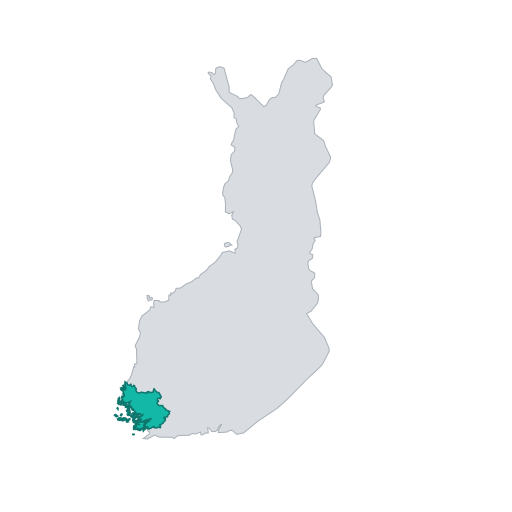 Finland Proper highlighted on a map of Finland, rotated 16°
{"feature_id": "FIN-3191", "entity_name": "Finland Proper", "entity_type": "Region", "adm_level": 1, "iso_a3": "FIN", "parent_name": "Finland", "parent_adm1": "", "projection": "orthographic", "projection_center": [22.144, 60.47], "detail": "fine", "context": "in_parent", "style": "filled", "palette": "teal", "viewbox_px": 512, "rotation_deg": 16, "n_neighbors": 0, "source": "natural_earth", "source_scale": "10m", "svg_char_len": 9832}
<svg xmlns="http://www.w3.org/2000/svg" viewBox="0 0 512 512"><g transform="rotate(16 256 256)"><path d="M214.4,222.0L212.4,214.7L209.9,208.4L207.4,206.8L206.5,204.3L205.9,199.2L206.2,195.2L208.8,191.3L209.1,186.1L210.5,181.9L209.6,179.2L205.3,171.7L204.7,169.3L204.3,165.1L206.5,161.3L205.8,157.5L201.5,156.1L201.6,153.8L202.7,150.0L202.0,146.7L201.8,139.6L203.8,136.4L201.3,133.9L198.9,129.4L196.8,129.2L195.5,124.4L191.8,120.1L179.1,114.0L171.3,107.2L167.3,101.7L163.5,98.5L163.2,95.6L159.4,93.2L160.2,92.0L163.2,92.0L165.7,93.2L166.7,91.6L165.7,87.4L165.9,86.3L168.8,84.0L173.4,84.1L183.5,100.7L185.1,106.1L194.8,107.8L195.9,109.1L198.5,108.8L204.1,106.1L206.1,102.4L208.2,102.6L222.3,110.3L224.4,108.3L225.4,103.3L226.4,101.0L227.8,99.3L230.9,98.2L233.2,93.9L232.8,82.3L233.8,78.9L235.3,67.4L239.1,62.1L241.7,56.6L244.6,55.7L250.0,56.3L255.9,50.5L259.9,49.4L268.0,58.1L278.8,63.1L282.4,70.6L281.4,73.9L276.9,83.1L276.9,85.4L279.3,89.0L271.9,94.5L272.6,95.7L276.8,95.9L277.5,97.5L274.3,108.9L274.4,110.9L278.8,122.4L289.2,126.4L292.5,131.4L300.8,140.9L300.7,145.8L292.1,164.9L290.2,170.1L290.3,173.3L298.2,186.9L302.7,196.7L307.4,203.6L311.9,215.4L312.6,219.5L306.6,222.6L308.6,224.6L307.5,228.5L308.0,234.0L306.6,237.7L307.1,238.7L310.2,239.1L310.8,241.4L310.7,242.9L307.8,246.0L307.9,248.9L310.1,253.6L311.7,255.1L316.8,256.1L317.6,257.3L318.2,260.8L316.3,264.5L316.5,265.8L319.4,271.9L326.6,276.2L327.8,279.9L328.1,282.5L328.0,284.8L324.0,294.1L320.5,297.3L329.2,305.5L344.4,315.5L351.8,324.8L352.6,327.5L350.0,340.7L348.6,344.4L339.1,360.1L325.5,385.3L318.3,396.6L303.6,413.9L292.9,429.4L286.6,432.8L281.2,430.1L278.7,431.0L276.5,433.3L268.4,436.2L267.9,433.9L269.2,427.5L268.5,427.7L267.2,430.7L266.7,434.2L265.2,436.0L261.9,436.9L258.4,434.4L256.8,434.5L258.7,438.5L258.7,439.7L256.9,439.6L253.3,443.0L252.5,443.1L251.1,440.5L247.3,443.6L243.6,444.3L241.4,446.6L230.5,450.2L227.5,454.1L225.4,453.3L213.0,456.8L207.8,456.1L202.2,461.8L197.8,462.6L202.3,456.7L202.4,454.7L200.1,453.7L198.3,451.7L196.6,447.2L195.7,447.0L194.3,452.6L191.3,454.6L187.7,454.6L187.2,452.1L187.8,449.8L187.2,449.4L187.8,447.6L189.7,447.5L190.2,446.5L190.1,445.4L188.6,444.4L190.0,440.4L183.5,439.6L175.5,435.4L174.6,431.8L170.7,434.4L167.3,431.7L166.8,430.1L166.0,416.8L166.3,413.1L168.4,408.6L169.1,404.2L169.0,396.0L170.1,396.0L168.9,393.3L170.7,392.6L171.0,391.7L166.9,378.7L164.5,375.6L166.4,366.2L166.3,364.1L165.9,361.4L163.0,358.5L162.0,350.1L162.8,345.4L168.7,337.1L169.0,333.7L172.3,333.5L170.8,330.5L170.4,326.8L175.0,325.5L176.7,326.7L180.8,325.3L184.4,322.6L183.0,317.5L184.9,317.3L184.3,316.1L184.4,314.8L185.8,315.4L188.1,311.8L188.2,309.1L192.2,307.6L196.7,302.0L200.8,298.9L205.0,293.3L206.9,293.0L207.7,289.2L212.3,283.5L213.9,279.0L218.2,273.7L222.2,264.5L222.6,262.0L229.0,258.4L235.0,259.1L234.7,256.9L233.8,255.5L236.1,253.1L235.4,249.5L233.8,247.8L234.7,234.3L232.8,231.7L225.9,227.4L223.2,227.1L221.5,223.7L222.1,219.6L218.5,222.9L214.4,222.0ZM180.9,441.4L185.4,441.4L186.7,443.5L184.6,444.9L184.5,446.6L185.6,449.1L183.5,449.1L182.1,446.2L179.9,444.2L180.9,441.4ZM227.2,254.2L224.7,255.7L222.7,254.9L222.5,252.3L226.0,250.4L229.7,252.2L227.9,252.8L227.2,254.2ZM164.8,323.8L164.7,326.0L167.2,324.5L168.2,325.2L168.0,327.1L167.2,326.7L165.1,328.9L163.2,327.0L162.1,323.8L164.8,323.8ZM167.5,434.4L167.2,436.3L164.5,436.4L163.4,434.5L162.9,431.3L164.0,430.0L164.6,431.7L167.5,434.4ZM178.3,442.2L176.8,442.4L174.8,440.4L174.5,439.6L175.3,439.2L175.0,436.8L176.5,438.1L177.4,439.6L176.6,439.9L178.3,442.2ZM175.0,450.1L173.0,451.5L172.3,451.1L172.5,448.8L173.7,447.7L175.7,447.6L175.0,450.1ZM170.9,451.4L169.1,451.8L168.1,450.6L169.7,448.8L171.0,448.9L171.3,450.1L170.9,451.4Z" fill="#d9dde1" stroke="#a8b0b8" stroke-width="1"/><path d="M198.8,451.3L199.3,450.7L198.9,450.2L198.5,451.3L197.8,451.9L197.6,450.8L196.6,450.4L195.9,449.7L196.1,448.9L195.7,448.3L196.8,446.4L198.5,444.5L199.2,442.5L199.9,441.7L199.9,441.3L199.5,441.3L199.0,441.8L198.3,443.3L197.1,442.9L195.9,443.6L193.1,446.1L188.9,447.5L190.2,446.4L189.8,446.3L189.8,446.0L190.2,445.2L191.3,444.5L189.8,444.8L188.4,445.8L187.3,445.9L187.5,445.1L189.1,442.9L189.2,442.3L190.9,440.6L190.8,439.7L189.9,440.6L189.2,440.8L187.6,440.6L188.0,439.6L184.2,440.4L182.0,438.4L180.7,438.2L180.4,437.2L179.7,438.2L179.3,438.1L178.8,437.4L178.8,436.8L178.0,436.6L178.1,436.0L177.1,436.0L177.4,434.9L176.5,434.5L175.5,434.6L175.3,435.0L175.9,436.5L174.6,436.2L174.1,436.5L174.5,434.6L174.6,432.6L175.4,432.1L175.0,431.4L175.3,430.5L173.1,432.3L171.7,432.9L171.9,433.8L171.3,435.8L169.6,435.9L170.2,435.4L169.9,434.5L168.9,432.9L170.1,433.2L170.1,432.9L168.2,432.6L167.4,432.9L166.7,432.3L166.7,432.0L167.1,431.8L166.9,431.2L167.8,431.5L167.9,431.2L166.6,430.2L165.7,428.5L165.7,427.9L167.4,428.3L167.5,427.8L167.1,426.5L168.0,426.5L168.0,426.3L166.4,425.4L167.1,425.1L166.1,424.3L166.3,423.8L166.1,423.2L165.6,423.0L165.3,422.4L165.4,421.7L165.1,420.9L166.8,420.9L167.2,420.5L166.3,420.2L165.8,419.4L166.5,418.8L167.3,419.4L167.0,418.1L166.6,417.9L165.5,415.3L165.2,414.9L165.6,414.4L165.0,413.9L164.8,413.0L166.5,413.8L167.1,413.6L167.7,414.9L168.6,415.3L170.7,414.8L170.7,414.1L171.1,413.7L171.3,413.9L171.6,415.1L172.7,415.6L173.7,415.3L174.1,414.1L174.8,414.1L175.0,414.2L174.7,414.8L177.5,416.6L177.4,417.5L178.5,419.6L181.4,420.1L183.2,418.6L189.4,417.8L189.6,417.6L188.9,416.7L189.6,416.1L192.5,416.2L194.1,415.6L194.6,415.0L194.4,413.8L194.8,413.1L194.5,411.8L194.8,411.8L196.4,413.2L198.1,414.2L200.3,414.1L203.8,417.5L203.6,418.5L203.0,418.8L203.2,419.6L201.1,419.8L200.7,420.6L200.8,421.6L201.3,422.0L202.2,422.2L202.3,422.6L201.3,424.2L201.5,424.9L202.6,425.8L204.1,426.5L207.5,425.5L208.5,426.8L209.3,427.4L211.0,427.7L212.0,428.8L215.8,429.2L215.5,429.8L215.5,430.4L216.2,431.3L215.8,432.3L215.2,432.9L215.1,433.5L215.3,434.7L215.1,435.1L213.0,435.8L212.5,436.2L212.1,437.2L213.7,437.3L214.0,437.9L214.0,438.5L213.9,439.6L213.1,440.5L212.7,442.5L211.1,444.0L210.8,444.9L210.2,445.0L211.3,446.4L211.4,446.9L211.2,447.5L209.6,447.3L208.1,448.5L206.3,449.1L205.1,448.9L204.7,448.6L204.9,448.1L204.6,448.1L202.3,450.6L200.7,451.8L199.8,452.0L198.8,451.3ZM194.7,446.6L196.1,444.2L196.7,443.7L197.4,443.9L197.3,444.8L196.0,446.2L195.7,447.3L195.0,447.9L195.2,448.8L194.8,449.2L195.2,449.4L195.0,450.0L195.3,451.2L194.7,452.4L193.0,453.8L193.0,454.1L193.6,454.4L193.0,455.5L192.1,455.8L191.5,454.4L190.6,455.7L190.4,456.4L190.4,455.4L190.0,455.5L189.9,455.0L190.3,453.9L189.0,455.4L187.8,455.8L187.9,452.1L186.8,451.1L188.0,450.4L190.4,450.3L190.4,450.0L186.7,449.7L187.3,446.8L187.9,446.7L187.4,448.2L187.7,448.4L189.7,448.0L190.8,447.2L194.7,446.6ZM178.3,442.3L176.4,442.6L176.4,442.0L174.3,440.7L174.1,440.2L174.3,439.8L175.3,439.3L174.4,437.9L174.6,437.0L175.1,436.8L176.3,437.7L176.5,438.4L177.0,438.7L177.4,439.8L176.3,439.8L177.4,440.6L177.2,440.9L178.2,441.0L178.3,441.5L177.7,441.8L178.3,442.0L178.3,442.3ZM180.5,443.2L183.4,443.2L185.2,444.2L185.0,444.9L184.2,444.8L183.6,445.3L182.7,445.6L182.4,445.5L182.7,445.1L182.4,444.6L182.0,444.4L181.2,444.6L182.0,444.6L181.6,445.3L180.0,444.9L180.1,443.6L180.5,443.2ZM173.2,448.1L175.4,447.8L176.1,448.4L176.1,448.7L175.3,448.9L175.7,449.5L174.2,449.5L174.9,449.7L174.3,450.1L174.5,450.3L174.0,450.8L172.8,451.2L172.3,450.8L172.5,450.5L172.4,450.0L172.8,449.7L172.5,449.3L172.5,448.8L173.2,448.1ZM168.3,450.3L169.0,449.3L169.8,448.9L170.7,448.9L171.4,449.5L170.6,450.5L171.1,450.7L170.6,451.6L169.8,451.4L168.6,451.8L168.0,451.1L169.5,450.8L169.0,450.2L168.3,450.3ZM166.4,433.2L166.7,433.8L167.8,434.0L168.2,434.5L167.8,434.5L167.6,435.3L167.8,435.9L167.2,436.0L167.1,436.3L167.3,436.7L166.4,436.0L165.9,435.2L165.7,434.2L165.3,434.8L165.1,434.5L165.2,433.2L166.4,433.2ZM186.6,453.6L186.4,452.7L186.6,452.3L187.4,453.1L187.3,455.9L186.6,455.4L186.1,456.1L185.5,454.5L185.4,453.2L185.5,452.7L185.8,452.5L186.0,452.8L186.1,453.7L186.6,453.6ZM165.1,420.3L162.8,419.8L163.3,419.4L164.3,419.9L164.7,419.6L164.6,419.0L165.0,418.5L164.4,417.7L163.7,417.4L164.2,416.7L164.9,416.6L166.2,418.2L165.3,419.1L165.1,420.3ZM186.1,442.8L185.4,443.1L184.6,442.8L185.4,441.8L186.3,441.5L186.4,442.0L187.7,442.4L187.9,442.8L186.9,443.7L185.7,444.0L186.1,442.8ZM179.6,447.3L179.8,447.8L178.6,448.9L179.1,449.5L178.6,450.2L177.9,450.3L177.4,449.8L177.1,448.7L179.6,447.3ZM165.4,447.2L165.8,447.8L167.3,448.0L167.3,448.3L166.6,448.3L166.0,449.1L163.8,448.0L164.5,447.2L165.4,447.2ZM182.6,447.5L183.3,446.0L183.8,445.6L184.2,445.9L184.3,446.9L183.8,447.9L183.0,448.3L182.6,447.5ZM197.2,450.7L197.7,451.8L197.4,452.3L195.3,452.4L196.2,450.9L197.2,450.7ZM164.9,436.3L163.5,435.6L163.8,434.7L163.2,433.1L163.6,433.1L164.1,433.8L164.6,434.8L164.9,436.3ZM164.5,432.8L164.2,432.9L163.9,432.0L163.3,431.7L162.9,430.8L163.5,430.3L163.8,429.6L164.0,429.8L164.1,430.4L164.4,430.9L164.2,432.5L164.5,432.6L164.5,432.8ZM184.4,448.4L185.9,447.5L186.1,447.9L185.7,448.6L184.8,449.2L185.1,449.8L184.1,449.7L184.4,448.4ZM184.3,441.0L184.1,441.4L182.2,442.0L181.5,441.6L181.7,441.2L183.5,440.7L184.3,441.0ZM177.5,444.4L176.6,444.5L176.1,444.1L175.9,443.5L177.9,443.3L177.5,444.4ZM196.2,453.0L197.0,453.0L195.9,455.4L195.5,454.6L195.5,454.0L196.1,453.7L195.5,453.5L196.2,453.0ZM173.7,435.1L172.5,437.2L172.2,437.4L172.1,437.0L172.7,435.3L173.3,434.6L173.7,434.6L173.7,435.1ZM170.4,445.5L170.9,445.6L170.4,446.8L169.7,446.6L169.6,446.1L170.1,444.9L170.5,444.9L170.4,445.5ZM177.6,450.2L178.6,450.8L177.8,451.3L177.2,451.2L177.0,450.7L177.6,450.2ZM182.5,440.4L182.5,440.7L180.5,441.5L181.1,440.5L182.5,440.4ZM186.7,461.3L188.7,460.8L187.3,461.7L186.7,461.7L186.7,461.3ZM165.2,440.2L165.5,440.8L165.6,441.5L164.4,440.7L164.6,440.0L165.2,440.2ZM163.6,421.6L164.1,421.4L164.0,422.2L162.9,421.7L162.5,421.2L162.9,420.9L163.2,421.1L163.3,421.6L163.6,421.6ZM178.5,444.0L177.8,444.3L178.5,443.8L178.5,444.0Z" fill="#14b8a6" stroke="#0f766e" stroke-width="1.5"/></g></svg>